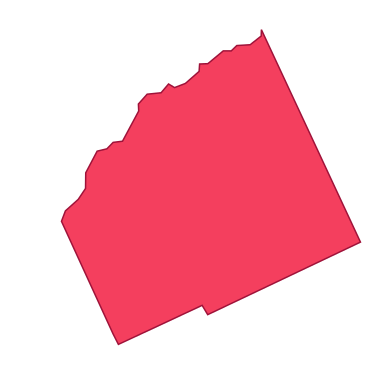 the district of Hopkins, Texas, United States of America, rotated 335°
{"feature_id": "52423323B1297205264682", "entity_name": "Hopkins", "entity_type": "district", "adm_level": 2, "iso_a3": "USA", "parent_name": "United States of America", "parent_adm1": "Texas", "projection": "robinson", "projection_center": [-95.58, 33.169], "detail": "fine", "context": "isolated", "style": "filled", "palette": "rose", "viewbox_px": 384, "rotation_deg": 335, "n_neighbors": 0, "source": "geoboundaries", "source_scale": "gbopen_adm2", "svg_char_len": 521}
<svg xmlns="http://www.w3.org/2000/svg" viewBox="0 0 384 384"><g transform="rotate(335 192 192)"><path d="M323.5,308.6L323.5,74.2L320.6,79.9L306.9,83.1L294.5,78.2L287.2,80.7L280.0,77.3L260.6,82.4L253.0,79.2L249.4,85.7L231.9,90.8L220.3,90.0L216.4,84.2L205.9,89.0L192.7,84.4L180.6,89.6L177.9,96.1L150.5,116.6L141.5,113.7L133.1,116.9L123.3,114.9L103.8,129.7L97.0,143.8L85.8,150.6L69.3,155.6L61.3,163.4L60.5,287.4L60.9,299.0L153.3,299.0L154.4,309.8L323.5,308.6Z" fill="#f43f5e" stroke="#9f1239" stroke-width="1.5"/></g></svg>